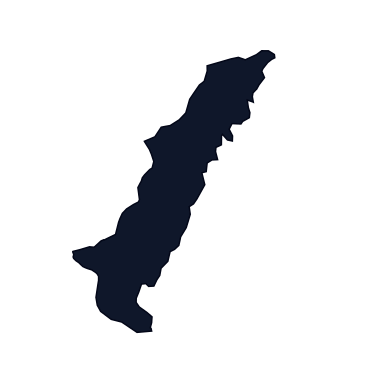 Beawor, Sinoe, Liberia (Robinson projection), rotated 153°
{"feature_id": "62588387B88645489379872", "entity_name": "Beawor", "entity_type": "district", "adm_level": 2, "iso_a3": "LBR", "parent_name": "Liberia", "parent_adm1": "Sinoe", "projection": "robinson", "projection_center": [-9.28, 5.601], "detail": "fine", "context": "isolated", "style": "filled", "palette": "ink", "viewbox_px": 384, "rotation_deg": 153, "n_neighbors": 0, "source": "geoboundaries", "source_scale": "gbopen_adm2", "svg_char_len": 2119}
<svg xmlns="http://www.w3.org/2000/svg" viewBox="0 0 384 384"><g transform="rotate(153 192 192)"><path d="M291.1,86.4L290.4,89.1L290.9,89.9L287.3,93.9L285.6,96.8L284.3,98.9L286.9,105.2L291.2,113.5L291.9,119.0L289.9,122.7L284.8,127.1L278.8,132.9L274.7,131.3L273.5,127.6L268.7,125.5L263.2,129.7L258.6,132.3L254.2,138.1L245.0,141.2L241.5,145.4L238.6,148.8L233.6,148.8L228.0,150.4L224.0,155.3L222.5,157.2L213.3,162.9L203.7,172.9L201.2,180.2L196.1,180.7L190.8,183.6L177.3,192.7L174.5,204.7L170.1,203.7L167.7,207.4L165.3,211.0L159.6,211.5L154.5,209.2L152.7,217.3L150.4,220.9L145.6,220.7L144.4,220.7L140.3,228.5L138.7,229.6L136.8,222.3L132.9,219.1L130.4,223.6L130.4,226.9L130.4,231.1L125.3,234.8L117.5,230.4L114.8,231.9L107.2,232.2L104.4,236.4L103.7,240.5L103.5,241.6L101.0,248.9L96.9,244.6L96.6,244.2L95.0,249.5L92.7,252.6L88.3,254.2L87.9,254.2L83.3,257.3L83.2,257.5L83.0,257.4L75.5,261.0L75.0,268.0L72.7,269.8L65.8,273.0L60.8,274.0L57.3,274.0L56.2,277.1L59.8,283.1L65.8,286.2L72.2,285.1L84.6,285.6L85.6,286.8L89.6,290.9L90.7,291.2L96.9,292.9L109.5,295.3L121.2,297.6L123.5,292.9L130.9,285.1L136.8,284.0L145.8,279.1L151.9,275.7L161.6,265.3L170.7,262.1L181.3,261.1L185.5,262.4L190.0,263.7L200.0,258.0L211.4,258.8L211.4,258.1L210.6,249.4L211.0,244.0L212.2,236.5L216.7,231.4L219.5,231.2L220.6,230.8L226.5,228.8L229.8,227.2L232.3,224.6L234.3,223.3L238.2,220.5L242.3,209.0L243.3,208.2L243.9,207.7L244.4,207.4L249.9,207.4L256.1,206.8L258.0,206.6L261.6,205.3L262.8,204.9L263.7,204.6L268.5,200.8L270.2,199.2L271.1,198.4L279.4,188.9L288.9,189.1L292.0,189.1L292.3,189.5L295.3,189.7L303.5,187.4L304.3,187.3L306.0,188.3L308.2,189.7L316.4,191.2L318.0,191.5L322.0,192.4L324.5,193.0L325.2,193.1L325.5,192.6L325.5,192.0L325.6,191.3L325.8,189.9L327.4,188.1L327.6,186.6L327.4,186.0L326.6,183.5L324.9,180.4L324.8,180.1L324.0,177.6L323.9,177.5L323.1,175.2L321.5,173.1L319.5,170.9L316.7,168.2L315.7,166.4L314.4,164.1L313.7,162.3L313.5,159.6L313.7,158.9L315.4,155.6L317.1,153.3L325.4,141.7L327.8,134.1L327.7,131.3L327.6,127.1L321.8,115.2L313.6,108.0L313.3,107.4L304.7,91.9L291.1,86.4Z" fill="#0f172a" stroke="#020617" stroke-width="1.5"/></g></svg>